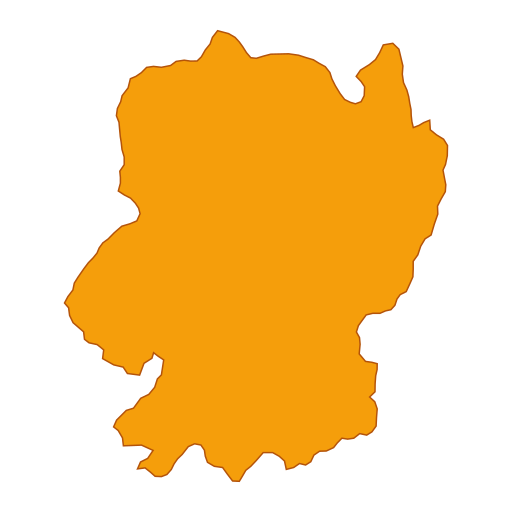 Bueno Brandão, Minas Gerais, Brazil
{"feature_id": "56859067B48142710212555", "entity_name": "Bueno Brandão", "entity_type": "district", "adm_level": 2, "iso_a3": "BRA", "parent_name": "Brazil", "parent_adm1": "Minas Gerais", "projection": "albers", "projection_center": [-46.355, -22.488], "detail": "fine", "context": "isolated", "style": "filled", "palette": "amber", "viewbox_px": 512, "rotation_deg": 0, "n_neighbors": 0, "source": "geoboundaries", "source_scale": "gbopen_adm2", "svg_char_len": 2831}
<svg xmlns="http://www.w3.org/2000/svg" viewBox="0 0 512 512"><path d="M429.7,120.2L423.7,122.6L419.0,125.4L413.3,127.6L411.9,121.6L411.2,115.4L411.0,109.5L409.8,103.6L408.7,96.7L406.9,90.1L403.5,82.6L402.3,74.2L402.9,66.0L400.9,57.6L398.9,49.2L392.8,43.3L383.3,44.9L379.6,52.8L375.5,59.6L369.4,64.6L360.5,70.1L356.2,76.4L361.1,81.5L364.6,86.7L364.2,95.7L361.1,101.7L355.4,103.8L350.3,102.3L344.6,99.5L340.1,93.6L335.3,85.7L331.9,78.9L329.9,72.6L325.3,66.7L318.9,63.2L313.4,59.8L306.0,57.6L298.5,55.2L288.7,53.8L279.7,54.0L270.7,54.2L263.5,56.1L256.3,58.3L250.8,57.7L246.5,52.7L242.7,46.7L239.3,42.0L235.1,37.4L228.6,33.6L217.6,30.7L212.4,37.4L210.1,44.0L205.4,49.8L201.4,56.8L197.1,61.0L190.5,61.1L184.2,60.2L176.1,61.4L170.6,65.5L161.4,67.3L153.5,66.4L146.6,67.4L141.3,72.7L135.9,76.4L130.4,78.7L128.1,87.9L122.1,95.7L120.7,101.7L117.4,108.5L116.4,115.7L119.0,122.3L119.6,129.2L120.3,136.6L121.2,142.3L122.0,149.5L124.2,157.0L124.2,164.7L119.8,171.2L120.4,177.3L120.4,183.2L118.3,191.0L124.4,195.0L130.5,198.1L135.3,203.1L138.6,208.1L140.1,213.7L136.8,220.9L129.9,223.8L121.8,226.2L114.4,232.6L108.0,239.1L102.9,242.8L99.2,247.9L97.0,253.1L93.1,257.9L88.4,262.7L83.9,268.7L78.0,277.2L74.3,283.1L72.9,290.0L67.9,296.6L64.5,303.0L68.6,307.8L69.6,315.5L73.1,322.7L83.6,331.8L84.5,339.3L89.0,342.8L97.2,344.6L103.7,349.9L102.6,358.6L113.8,364.9L123.2,367.1L127.4,373.5L139.6,375.1L144.0,363.3L151.9,358.3L153.6,352.7L158.0,356.1L163.7,359.9L161.4,374.9L157.4,378.9L154.7,387.3L148.8,394.4L140.7,398.3L133.5,408.2L126.3,410.4L116.6,420.1L113.6,426.9L118.2,430.5L122.5,437.9L123.4,445.8L141.5,445.1L153.1,450.4L147.7,458.4L140.5,462.0L137.5,468.9L145.1,467.9L150.5,472.2L155.1,476.3L161.4,476.6L166.9,474.5L171.3,469.5L174.1,463.8L177.6,458.8L182.2,454.4L188.3,446.6L194.6,443.8L200.9,445.0L204.4,450.1L205.3,456.2L207.5,462.3L214.3,466.3L222.6,467.5L227.2,473.9L232.6,481.0L239.3,481.3L242.5,476.0L245.8,470.3L250.8,466.3L256.1,460.7L263.2,452.6L272.7,452.6L279.3,456.3L284.5,461.0L286.3,469.4L293.7,467.5L299.5,463.5L305.6,465.0L310.8,461.7L313.9,455.1L319.6,451.2L326.3,451.0L333.6,447.6L337.3,442.9L341.9,438.2L347.6,439.1L353.8,438.2L359.7,433.6L366.7,435.1L371.9,431.9L376.1,426.1L376.5,417.7L377.2,408.9L374.8,401.8L369.6,397.0L375.0,391.8L375.1,383.9L375.7,375.7L377.1,369.5L377.2,363.7L371.9,362.3L365.5,361.4L359.2,353.9L360.1,344.3L359.5,337.6L356.4,332.0L358.4,325.6L361.8,320.9L366.2,314.9L372.8,313.3L380.0,313.3L385.5,310.9L390.9,309.7L394.9,305.3L397.0,299.0L400.2,294.6L406.2,291.6L410.0,283.4L412.9,276.8L413.2,269.1L413.2,261.3L417.8,254.9L420.7,246.2L425.1,238.8L431.1,235.0L434.3,224.1L437.8,214.1L437.5,206.1L441.2,198.8L445.3,191.7L445.8,184.8L444.4,177.6L443.0,170.1L445.5,164.5L447.3,155.7L447.5,145.5L443.6,139.2L436.4,134.8L430.3,129.8L429.7,120.2Z" fill="#f59e0b" stroke="#b45309" stroke-width="1.5"/></svg>